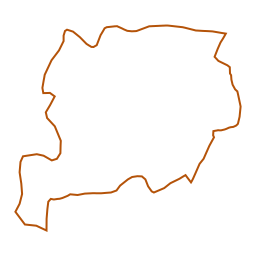 A'zaz, Aleppo, Syria (Robinson projection)
{"feature_id": "27442178B26836039619487", "entity_name": "A'zaz", "entity_type": "district", "adm_level": 2, "iso_a3": "SYR", "parent_name": "Syria", "parent_adm1": "Aleppo", "projection": "robinson", "projection_center": [37.201, 36.467], "detail": "fine", "context": "isolated", "style": "outline", "palette": "amber", "viewbox_px": 256, "rotation_deg": 0, "n_neighbors": 0, "source": "geoboundaries", "source_scale": "gbopen_adm2", "svg_char_len": 2201}
<svg xmlns="http://www.w3.org/2000/svg" viewBox="0 0 256 256"><path d="M191.0,182.4L191.5,181.6L191.7,181.2L192.0,180.7L192.5,179.7L192.9,179.0L195.3,173.6L199.6,163.8L203.6,158.8L206.2,152.9L209.4,145.7L214.0,137.3L213.6,136.4L213.1,135.2L213.2,134.4L213.3,132.7L213.3,132.4L213.4,131.1L215.5,130.7L216.8,130.5L218.1,130.2L218.9,130.3L221.2,130.3L224.6,129.5L226.5,128.8L228.9,127.7L230.7,127.2L233.3,126.9L236.1,125.6L237.4,124.4L237.9,123.8L238.3,122.3L238.3,122.1L238.6,120.9L239.6,116.7L239.8,114.6L240.6,106.6L240.5,106.0L238.2,95.1L237.5,92.0L237.3,91.3L237.1,91.2L235.1,89.3L233.7,86.7L232.6,84.7L231.4,79.6L231.1,75.2L230.0,73.5L229.8,67.2L227.4,65.3L223.7,63.5L218.4,60.9L214.6,56.8L217.7,48.9L220.5,42.5L222.6,39.2L224.6,35.8L225.8,33.6L221.9,33.0L212.5,31.4L207.4,31.1L202.6,30.9L196.2,30.5L195.9,30.5L195.0,30.3L194.7,30.2L184.8,27.7L182.6,27.2L168.4,25.6L166.8,25.5L159.8,25.8L149.2,26.3L136.6,31.0L135.8,31.1L134.0,31.2L131.7,31.3L130.0,31.1L128.8,31.0L128.1,30.9L127.5,30.9L127.2,30.8L123.5,29.2L122.6,28.7L120.2,27.6L117.9,26.6L117.2,26.2L116.8,26.2L115.3,26.3L114.5,26.3L114.4,26.3L114.1,26.4L106.7,27.2L104.6,28.3L104.0,29.4L102.6,31.8L101.1,34.3L100.6,35.1L96.7,45.2L96.5,45.3L94.5,46.4L93.8,46.8L93.6,47.0L91.3,46.9L89.8,45.9L89.5,45.8L89.2,45.6L86.5,43.9L81.4,38.7L80.1,37.4L79.9,37.2L79.7,37.0L78.8,36.3L76.1,34.1L73.0,31.6L69.9,30.6L67.0,29.7L65.0,31.0L63.6,35.6L63.6,41.1L59.0,50.4L51.5,60.3L44.7,74.8L44.3,77.2L43.8,79.8L42.4,87.9L43.3,93.1L47.9,93.0L49.9,92.9L54.7,96.4L50.1,105.1L45.8,112.3L47.1,118.0L54.8,126.3L60.8,140.8L60.6,145.0L60.4,153.2L56.9,158.8L51.8,160.4L43.6,155.7L36.8,154.2L23.0,156.3L20.5,161.9L19.6,172.3L21.3,183.6L22.1,194.0L19.6,203.8L15.4,211.8L24.9,224.5L36.3,225.7L41.4,228.1L46.5,230.5L46.6,218.8L47.4,209.0L48.3,201.7L50.8,198.9L53.9,199.5L57.8,198.9L59.5,198.8L62.4,198.0L67.7,195.8L70.2,194.3L77.6,195.0L84.8,193.6L92.9,193.2L100.8,193.3L106.9,192.8L111.0,192.5L116.5,190.5L120.1,185.6L124.0,182.5L127.9,179.4L132.1,177.0L137.4,176.2L141.9,176.4L145.4,179.4L148.1,186.3L151.7,191.4L153.9,192.5L164.2,188.1L170.4,183.2L179.4,178.8L179.9,178.5L180.4,178.2L182.8,176.7L185.5,175.1L191.0,182.4Z" fill="none" stroke="#b45309" stroke-width="2"/></svg>